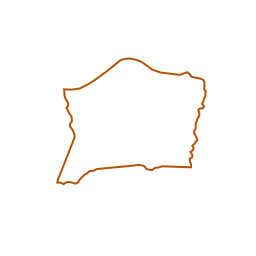 Belo Monte, Alagoas, Brazil (orthographic projection), rotated 144°
{"feature_id": "56859067B15560608131271", "entity_name": "Belo Monte", "entity_type": "district", "adm_level": 2, "iso_a3": "BRA", "parent_name": "Brazil", "parent_adm1": "Alagoas", "projection": "orthographic", "projection_center": [-37.19, -9.812], "detail": "fine", "context": "isolated", "style": "outline", "palette": "amber", "viewbox_px": 256, "rotation_deg": 144, "n_neighbors": 0, "source": "geoboundaries", "source_scale": "gbopen_adm2", "svg_char_len": 1386}
<svg xmlns="http://www.w3.org/2000/svg" viewBox="0 0 256 256"><g transform="rotate(144 128 128)"><path d="M100.2,59.2L98.4,61.4L97.7,64.6L96.0,66.9L93.3,66.5L91.7,68.6L91.6,71.9L88.4,71.9L86.5,73.5L86.2,76.0L83.9,76.0L81.5,77.0L79.3,77.1L78.4,79.3L77.8,82.8L77.5,85.3L75.8,86.8L74.0,87.5L72.4,89.3L71.0,91.4L68.4,93.2L66.4,94.7L63.4,95.9L61.6,97.9L60.4,101.3L57.9,101.4L56.0,100.0L53.7,100.9L53.9,104.0L51.1,105.5L49.2,107.0L46.6,108.4L45.0,110.5L43.4,112.2L43.7,114.5L41.7,116.8L39.4,119.9L38.8,122.5L40.1,125.0L46.6,132.2L46.3,135.2L47.5,138.5L50.7,139.3L54.9,140.6L68.6,153.3L74.0,160.7L77.9,172.8L79.4,175.6L80.6,177.2L81.7,178.8L85.5,183.0L88.4,184.9L92.0,186.6L94.4,187.3L112.2,186.3L115.3,186.3L125.7,186.3L134.4,186.8L143.7,188.3L150.7,191.9L157.0,196.8L158.8,193.7L160.1,192.0L161.3,188.7L161.5,185.6L161.9,183.3L163.5,181.1L166.0,180.3L166.4,177.3L166.9,174.8L167.0,170.5L168.4,167.9L169.7,166.2L171.6,165.9L173.9,163.9L173.9,161.0L174.1,158.1L175.0,154.7L176.3,152.2L178.7,150.5L195.2,140.0L199.9,137.0L214.8,127.6L217.2,125.4L214.6,123.3L213.2,120.4L210.7,120.5L208.4,119.7L205.8,117.3L203.4,114.0L200.5,113.2L198.1,114.5L195.8,115.0L190.8,115.8L188.6,115.4L184.3,115.7L181.1,113.7L177.3,113.1L145.4,94.2L142.2,92.8L137.8,88.7L137.1,86.3L137.4,84.1L133.5,79.9L129.2,79.8L126.9,78.3L125.0,77.6L122.4,76.6L100.2,59.2Z" fill="none" stroke="#b45309" stroke-width="2"/></g></svg>